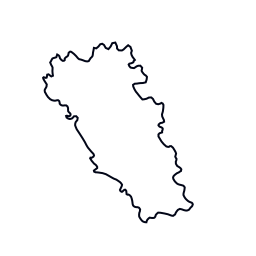 Shklow, Mogilev, Belarus, rotated 50°
{"feature_id": "67162791B50878075194487", "entity_name": "Shklow", "entity_type": "district", "adm_level": 2, "iso_a3": "BLR", "parent_name": "Belarus", "parent_adm1": "Mogilev", "projection": "natural_earth1", "projection_center": [30.382, 54.184], "detail": "fine", "context": "isolated", "style": "outline", "palette": "ink", "viewbox_px": 256, "rotation_deg": 50, "n_neighbors": 0, "source": "geoboundaries", "source_scale": "gbopen_adm2", "svg_char_len": 4593}
<svg xmlns="http://www.w3.org/2000/svg" viewBox="0 0 256 256"><g transform="rotate(50 128 128)"><path d="M153.3,104.7L152.2,103.8L151.6,102.6L150.6,101.7L149.1,101.9L147.7,102.8L147.0,103.0L145.6,103.0L145.0,102.2L145.0,101.3L145.0,100.0L146.0,98.4L146.4,96.3L145.0,95.4L141.2,94.4L139.4,93.2L138.3,91.5L137.5,90.4L135.2,87.9L133.1,86.0L131.5,85.7L130.2,86.3L130.2,87.3L129.2,89.6L127.5,90.9L124.6,90.9L121.9,90.2L119.6,90.5L118.1,92.4L117.5,95.0L116.3,97.3L115.4,98.6L112.7,98.7L110.4,98.7L107.3,98.6L105.2,98.6L102.3,98.1L99.6,97.3L98.2,96.4L98.4,94.4L99.8,92.5L100.8,90.8L101.9,89.2L103.1,87.7L103.8,86.3L104.4,85.1L103.3,83.3L102.7,82.4L101.0,80.6L99.2,80.6L97.8,81.1L96.3,81.2L94.2,81.1L92.9,80.8L91.9,79.5L90.9,78.4L88.2,78.5L86.9,80.1L86.3,81.8L86.2,83.3L86.0,84.9L84.5,86.3L83.3,87.2L81.4,87.2L79.8,86.7L79.6,85.6L80.4,84.1L80.8,83.0L81.1,81.7L80.4,80.7L80.3,79.0L76.4,78.8L74.3,78.3L72.5,77.4L71.3,75.4L67.4,74.0L66.1,74.4L64.7,74.7L64.7,77.0L65.0,81.0L64.7,82.8L62.6,85.1L60.1,85.3L58.3,83.9L54.4,82.8L52.9,85.5L54.4,88.9L55.0,92.3L52.3,93.6L49.0,93.0L46.9,93.6L46.0,95.4L46.6,98.4L46.6,101.1L44.7,102.6L46.4,104.6L47.7,106.3L49.0,107.6L50.0,108.8L50.4,110.4L50.4,111.6L50.8,112.9L51.0,113.6L51.5,114.9L51.1,116.0L50.1,117.1L49.1,117.9L47.1,119.0L45.3,120.1L43.9,121.2L42.4,121.5L39.4,121.5L36.4,121.8L33.2,122.5L32.3,123.2L32.2,125.0L32.9,125.9L34.0,127.4L34.1,128.7L33.9,130.2L34.1,131.8L35.3,132.8L35.3,133.9L34.5,134.9L32.7,135.3L30.9,135.3L29.8,134.8L28.8,134.4L27.6,134.5L26.2,135.0L27.0,136.3L27.7,137.4L27.2,138.7L26.5,140.2L26.2,141.2L26.6,142.5L27.2,143.8L27.8,145.5L30.4,146.3L32.2,146.6L33.3,147.0L34.3,147.9L35.8,149.3L37.6,150.6L39.7,151.9L39.2,153.6L38.6,153.8L37.0,154.1L35.8,154.4L35.2,155.6L36.1,156.6L37.1,157.9L36.8,158.7L35.7,159.4L34.9,160.0L35.0,160.8L36.2,161.3L38.3,161.7L39.9,161.9L41.3,162.1L42.4,162.2L43.1,163.0L43.9,163.8L44.5,165.3L45.1,167.0L45.8,167.8L47.2,168.6L48.3,168.7L50.0,169.1L52.9,169.4L55.9,169.1L57.9,168.3L59.6,167.0L60.4,166.0L61.2,164.4L61.9,163.6L63.2,163.4L64.5,164.0L65.5,164.7L66.7,164.7L66.8,164.7L67.9,164.3L68.7,163.7L69.3,163.0L70.0,161.9L71.0,160.8L72.5,160.5L74.2,161.1L75.5,162.2L76.8,163.1L78.0,163.1L79.6,162.9L80.5,163.1L81.4,164.2L81.2,165.4L80.3,166.3L79.3,166.9L79.0,167.7L80.5,168.3L82.0,167.9L83.4,167.1L84.1,166.2L84.7,164.7L84.6,163.4L84.3,161.9L85.7,160.1L87.9,160.0L89.4,161.8L89.7,163.6L89.9,164.4L90.9,165.8L92.0,166.8L93.7,167.4L96.0,168.1L98.7,168.4L102.1,168.8L106.7,169.4L111.1,170.1L114.6,170.9L117.2,171.3L119.8,171.3L122.7,171.3L124.3,171.2L125.5,171.1L127.1,171.6L127.7,172.7L127.6,174.2L127.3,175.1L126.6,175.8L126.9,176.5L129.7,176.9L131.9,176.9L133.5,176.9L135.4,176.4L136.8,176.4L138.0,176.6L138.9,177.4L138.8,179.4L138.7,180.8L138.7,181.5L139.7,182.0L141.1,181.3L142.4,179.9L143.7,178.7L144.4,178.1L146.2,176.5L149.2,174.6L152.4,173.4L155.4,172.3L157.7,171.4L160.1,170.1L162.5,169.4L164.4,168.9L165.8,168.8L167.6,169.0L168.5,170.2L169.2,171.7L169.9,173.2L170.3,174.0L171.7,174.3L173.0,173.7L173.1,172.9L173.0,171.7L173.0,170.5L173.6,169.7L175.1,169.8L176.9,171.0L177.7,171.6L178.7,171.3L179.3,170.4L180.7,169.9L182.5,169.8L184.4,170.5L186.4,171.5L188.0,172.5L189.2,173.3L190.7,173.9L191.7,173.8L192.7,173.5L193.9,172.6L194.9,171.5L196.2,170.8L198.1,171.0L199.5,172.5L200.2,173.8L201.4,175.1L202.8,176.2L203.6,176.5L205.6,176.8L207.9,176.9L209.3,176.6L210.6,175.9L211.5,175.1L212.0,174.5L211.7,174.2L211.3,173.4L210.7,172.1L210.5,170.2L210.6,169.0L211.7,168.1L213.1,166.6L213.7,165.4L213.4,164.0L212.5,162.7L212.2,161.2L212.2,159.3L213.7,157.7L216.8,155.1L219.7,152.9L221.3,152.0L222.9,151.1L224.0,150.2L224.4,149.6L224.3,148.9L224.5,147.5L224.0,146.6L223.5,145.5L223.1,144.0L222.8,142.4L223.3,140.3L225.0,139.0L226.6,138.1L228.0,137.1L228.9,136.2L229.4,135.3L229.8,133.7L229.5,132.5L229.2,131.1L229.2,130.1L229.0,128.9L228.1,127.4L227.0,127.1L226.2,127.2L224.8,128.0L223.6,128.6L222.2,129.0L219.9,129.3L218.7,129.3L217.0,129.1L215.0,128.6L213.8,127.5L213.0,126.4L212.2,125.2L210.9,123.7L209.9,122.7L208.5,122.6L207.5,122.8L206.5,123.5L205.5,124.2L204.6,124.9L203.3,125.7L201.9,126.2L199.5,126.4L198.7,126.4L196.1,126.0L194.8,125.2L194.2,124.1L194.0,122.8L194.0,121.3L194.1,119.6L194.7,117.5L194.7,116.5L195.0,115.1L193.9,113.7L192.4,113.6L191.1,113.9L188.7,114.7L186.2,114.3L184.5,113.0L183.9,111.9L182.9,110.7L181.3,110.5L180.3,110.2L179.7,109.3L178.5,107.6L176.9,107.0L174.8,106.6L172.0,106.2L169.6,106.6L168.8,107.7L168.8,108.6L168.3,109.4L166.8,110.5L163.4,111.0L159.8,111.0L157.9,110.7L154.1,110.1L152.5,108.8L152.3,107.2L153.3,104.7Z" fill="none" stroke="#020617" stroke-width="2"/></g></svg>